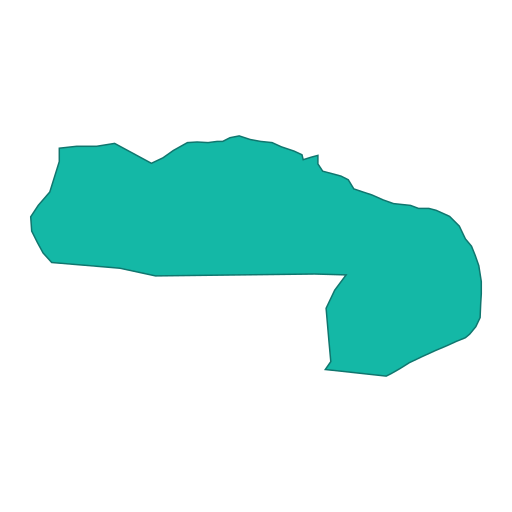 the district of Asajaya, Sarawak, Malaysia
{"feature_id": "92858781B82892950401115", "entity_name": "Asajaya", "entity_type": "district", "adm_level": 2, "iso_a3": "MYS", "parent_name": "Malaysia", "parent_adm1": "Sarawak", "projection": "albers", "projection_center": [110.63, 1.527], "detail": "fine", "context": "isolated", "style": "filled", "palette": "teal", "viewbox_px": 512, "rotation_deg": 0, "n_neighbors": 0, "source": "geoboundaries", "source_scale": "gbopen_adm2", "svg_char_len": 1020}
<svg xmlns="http://www.w3.org/2000/svg" viewBox="0 0 512 512"><path d="M51.7,262.5L119.7,268.2L155.5,275.9L314.7,274.0L346.1,274.9L334.7,290.2L326.1,308.3L328.9,340.7L330.8,361.6L325.3,369.5L386.2,376.1L391.0,373.7L399.6,368.8L409.3,362.7L422.1,356.6L435.5,350.5L447.1,345.6L456.3,341.4L465.4,337.7L469.7,334.1L475.8,326.7L480.1,317.6L480.7,303.6L481.3,293.8L481.3,281.6L478.8,265.7L475.2,255.4L471.5,246.2L465.4,238.9L459.3,226.1L449.6,216.4L436.1,210.3L428.8,208.4L418.5,208.4L410.5,205.4L393.5,203.6L383.1,199.9L372.1,195.0L363.0,192.0L353.8,188.9L348.3,179.8L341.0,176.1L322.7,171.2L317.9,163.9L317.9,155.4L311.1,157.2L303.2,159.7L302.0,154.8L294.1,151.1L281.3,146.8L272.1,142.6L260.5,141.4L250.2,139.5L239.2,135.9L230.0,137.7L222.7,141.4L217.2,141.4L208.1,142.6L197.1,142.0L187.4,142.6L173.3,150.5L163.0,157.8L151.4,163.3L114.6,143.4L96.5,146.3L76.5,146.3L59.3,148.2L59.3,161.5L49.8,192.0L38.3,205.3L30.7,216.8L31.7,231.1L37.4,242.5L43.1,253.0L51.7,262.5Z" fill="#14b8a6" stroke="#0f766e" stroke-width="1.5"/></svg>